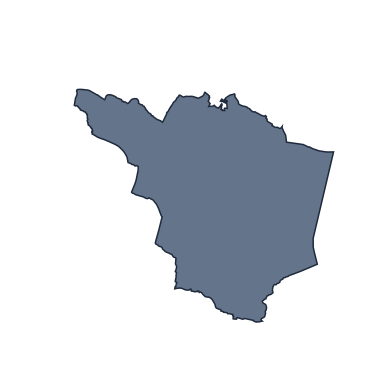 the district of Sao Hai, Saraburi, Thailand, rotated 289°
{"feature_id": "78962969B47603899438932", "entity_name": "Sao Hai", "entity_type": "district", "adm_level": 2, "iso_a3": "THA", "parent_name": "Thailand", "parent_adm1": "Saraburi", "projection": "orthographic", "projection_center": [100.84, 14.59], "detail": "fine", "context": "isolated", "style": "filled", "palette": "slate", "viewbox_px": 384, "rotation_deg": 289, "n_neighbors": 0, "source": "geoboundaries", "source_scale": "gbopen_adm2", "svg_char_len": 5941}
<svg xmlns="http://www.w3.org/2000/svg" viewBox="0 0 384 384"><g transform="rotate(289 192 192)"><path d="M100.0,233.7L98.5,236.1L97.5,238.3L97.4,239.4L98.0,242.1L98.0,243.1L97.8,243.9L97.1,245.6L96.5,246.6L93.7,249.8L93.1,250.4L91.6,251.3L90.8,251.9L90.4,252.4L90.1,253.2L89.9,257.8L89.7,258.1L88.9,258.1L89.0,260.7L88.9,260.8L88.6,261.0L89.0,262.7L89.2,264.5L88.5,265.6L89.0,266.6L89.3,267.6L89.2,268.6L89.3,269.8L89.5,270.4L89.2,270.6L88.6,270.6L88.2,270.8L88.0,271.1L88.1,271.6L87.9,271.8L86.5,271.9L85.5,272.1L85.4,272.3L86.3,275.5L86.6,275.6L87.6,275.4L87.9,275.8L88.2,277.3L88.1,277.9L88.2,281.4L88.9,282.4L89.5,282.9L89.6,283.2L90.6,291.9L90.1,292.2L90.1,292.4L89.9,294.8L89.9,295.1L90.5,295.9L91.0,297.7L91.7,298.6L92.8,300.5L93.1,299.6L93.7,299.0L94.1,298.7L95.0,299.0L96.9,300.8L97.8,301.2L99.2,301.2L101.0,301.1L103.0,300.1L103.5,300.2L104.2,300.5L106.3,300.3L107.0,300.1L108.1,299.5L109.5,298.4L109.7,298.0L109.8,296.9L110.2,295.4L111.0,294.4L111.4,294.1L111.8,294.1L112.2,294.2L113.2,295.1L114.3,295.4L114.9,296.6L116.1,296.6L118.2,296.9L119.0,297.8L119.9,298.3L120.3,299.2L120.7,299.7L121.4,300.3L123.0,301.3L123.5,301.2L124.8,300.2L127.6,299.5L128.9,299.5L131.0,299.7L131.3,300.1L131.7,301.7L132.5,301.9L133.5,302.6L133.9,303.4L135.3,304.4L136.4,304.2L136.8,304.3L138.2,305.1L139.2,306.2L140.1,306.3L140.8,306.7L141.6,308.1L142.4,308.5L143.3,310.2L144.4,310.8L152.2,320.3L164.5,334.0L175.4,326.9L179.3,324.6L186.6,322.0L188.0,321.6L276.0,312.8L274.0,307.3L273.7,306.2L273.3,304.7L272.2,298.2L272.3,296.1L272.2,292.8L272.8,288.2L272.4,287.9L273.1,281.7L269.9,265.1L275.8,262.3L276.9,261.3L278.9,259.2L281.8,256.5L282.8,256.0L283.3,255.9L281.5,255.3L280.8,254.6L280.6,253.8L281.0,252.1L280.9,251.5L280.3,250.1L280.3,249.0L280.7,247.5L280.8,246.1L281.8,246.0L282.3,245.7L283.2,240.8L283.6,240.0L284.0,239.7L285.3,239.3L285.5,239.0L285.8,238.0L286.1,237.7L286.5,237.7L287.0,237.9L287.5,237.8L288.2,236.5L287.2,235.8L287.1,235.6L287.1,233.5L287.2,231.4L287.8,229.1L287.9,227.1L288.3,226.0L288.3,225.6L287.8,224.2L287.7,222.9L288.3,221.7L288.6,220.8L289.3,219.7L289.6,218.7L289.7,217.1L290.1,216.6L290.2,214.5L289.8,212.2L289.9,211.6L289.9,209.7L290.4,207.6L290.7,207.2L292.5,206.4L296.2,201.5L296.6,201.3L297.5,201.1L297.8,200.7L298.4,200.6L298.6,200.3L298.0,199.4L297.2,198.3L296.5,197.1L295.7,196.1L292.1,193.4L291.0,193.0L290.1,192.8L290.0,194.1L289.5,195.8L288.4,195.6L288.6,193.9L289.0,193.0L288.9,192.3L289.5,189.9L287.1,189.3L287.1,190.3L287.7,191.5L287.2,193.3L287.2,194.2L286.9,196.1L282.5,198.1L281.8,195.5L280.8,195.5L279.6,196.3L279.3,195.0L279.1,194.7L279.1,194.2L279.5,193.9L279.2,193.4L279.5,192.6L281.1,192.7L281.2,192.2L282.5,191.9L283.4,192.2L284.2,192.1L285.0,191.4L284.1,191.0L282.4,190.7L281.4,190.4L281.0,190.0L280.0,189.8L279.9,188.9L280.0,187.4L281.2,184.7L280.2,184.2L278.3,180.0L278.9,180.1L280.8,180.2L281.4,180.4L282.0,179.4L283.1,177.8L283.8,178.0L284.2,177.9L287.0,177.9L287.2,177.2L288.3,177.3L289.1,175.7L290.5,171.8L289.7,171.5L288.1,171.6L286.2,170.9L283.0,167.8L282.7,167.3L282.6,162.0L282.4,160.7L281.2,157.5L280.4,154.9L279.2,153.5L279.0,152.9L279.1,151.5L279.7,149.4L279.3,148.3L279.0,148.2L277.8,148.4L277.0,147.6L276.5,147.3L273.1,146.7L270.8,145.3L268.3,144.9L265.9,144.2L262.8,143.5L261.0,143.3L259.3,142.7L259.1,142.3L256.5,142.6L255.3,142.3L250.5,141.8L248.4,141.4L249.1,138.9L249.2,136.1L249.4,134.7L250.7,130.7L251.3,130.2L251.0,129.3L251.1,128.7L252.1,128.0L252.6,126.6L252.6,125.5L252.7,125.2L254.4,122.8L255.2,121.1L256.0,120.8L256.7,119.5L257.4,118.9L257.3,117.9L257.9,117.0L258.3,116.3L257.9,115.2L258.6,112.5L259.5,112.3L260.4,111.9L261.1,111.3L261.6,110.7L262.1,109.6L262.1,108.9L261.4,106.9L260.3,105.2L259.3,104.5L255.6,103.1L254.7,102.5L255.4,99.5L255.3,99.0L254.8,98.6L254.8,98.2L255.4,97.1L255.1,96.4L255.1,96.1L256.3,95.3L256.5,94.9L256.4,93.6L256.6,92.8L256.4,90.6L256.6,90.0L257.0,89.4L257.2,88.7L257.4,87.0L257.5,85.1L257.4,83.5L257.0,82.1L256.7,81.2L255.8,80.2L255.0,79.7L250.8,79.4L251.9,74.6L253.1,71.2L252.9,70.6L254.5,62.1L254.5,60.6L253.2,54.7L252.6,52.7L251.8,50.8L251.5,50.2L251.1,50.0L249.9,50.0L248.2,51.2L247.6,51.4L244.8,51.5L242.7,51.3L235.6,52.5L235.4,53.7L236.1,55.1L236.1,55.5L234.6,58.0L234.3,58.9L233.9,59.1L233.6,59.7L233.2,59.9L233.4,60.4L233.2,61.0L233.2,62.6L232.8,63.7L232.9,64.4L232.7,64.9L232.9,65.3L232.6,65.7L232.2,65.9L231.7,66.9L231.3,67.2L231.4,67.7L230.2,67.9L229.8,68.3L229.3,68.5L228.9,68.7L227.9,68.8L227.1,69.8L226.5,69.8L225.9,69.6L225.5,69.8L225.0,69.8L224.0,70.8L223.2,71.1L223.0,71.5L221.6,72.0L221.3,73.5L220.6,74.6L220.6,75.0L219.8,75.4L219.6,75.9L219.6,76.4L219.2,76.7L219.1,77.0L218.2,77.3L217.8,78.2L217.3,78.2L216.6,77.6L216.0,77.6L215.8,77.7L215.3,78.8L214.6,78.8L214.4,78.7L213.9,81.5L213.5,83.2L213.1,85.1L212.9,89.6L213.0,91.4L212.6,97.5L212.0,103.8L211.3,107.4L210.6,109.3L208.3,113.8L207.0,115.7L205.6,117.3L203.7,119.3L199.1,121.9L198.9,124.8L198.5,126.4L198.7,127.4L198.6,128.6L198.0,129.7L199.0,131.2L198.5,132.9L194.9,134.0L185.0,135.3L181.6,135.4L172.3,134.9L172.0,135.0L171.6,135.9L171.6,137.6L171.1,139.6L171.5,147.9L171.0,150.5L171.2,152.0L172.6,153.6L172.1,154.8L171.8,157.5L171.5,158.2L168.9,162.3L165.9,165.4L159.5,170.7L158.9,171.8L145.7,173.0L132.4,173.8L131.6,174.1L131.1,174.5L130.7,177.0L130.1,177.9L130.0,179.4L130.1,180.0L129.9,181.4L129.7,181.8L128.6,182.6L127.0,186.1L126.8,187.4L126.7,190.1L126.4,192.0L126.4,193.2L124.5,195.7L124.6,196.7L124.2,198.4L118.6,199.8L117.1,201.3L116.0,201.9L113.5,202.2L111.6,202.0L111.2,202.2L110.9,203.5L107.5,204.2L106.3,204.7L102.5,205.1L102.3,205.6L101.7,205.6L101.4,207.2L99.7,207.1L97.3,207.4L97.1,206.9L96.9,206.9L94.8,207.2L96.1,209.2L97.4,212.2L97.6,214.5L97.3,217.4L97.7,219.5L98.3,221.1L98.5,221.4L99.9,222.4L99.2,223.1L98.2,223.5L98.2,224.5L98.5,225.2L98.5,227.2L99.3,228.3L99.4,229.3L100.2,229.5L100.5,230.0L100.5,230.6L99.5,231.4L99.4,231.7L99.5,232.0L100.1,232.6L100.2,233.0L100.0,233.7Z" fill="#64748b" stroke="#1e293b" stroke-width="1.5"/></g></svg>